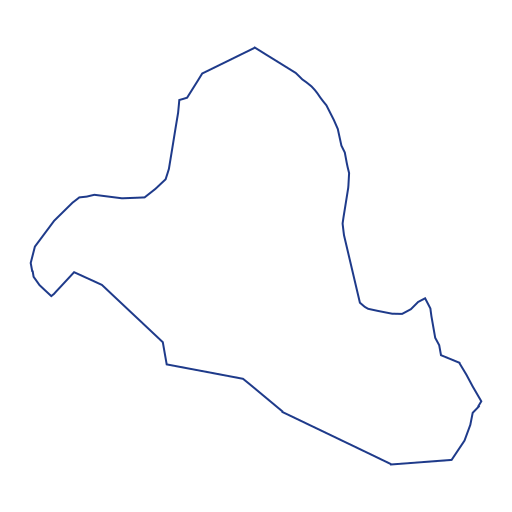 Sunny Acres, Castries, Saint Lucia (Mercator projection)
{"feature_id": "8701671B95823931599644", "entity_name": "Sunny Acres", "entity_type": "district", "adm_level": 2, "iso_a3": "LCA", "parent_name": "Saint Lucia", "parent_adm1": "Castries", "projection": "mercator", "projection_center": [-60.973, 14.029], "detail": "fine", "context": "isolated", "style": "outline", "palette": "blue", "viewbox_px": 512, "rotation_deg": 0, "n_neighbors": 0, "source": "geoboundaries", "source_scale": "gbopen_adm2", "svg_char_len": 1502}
<svg xmlns="http://www.w3.org/2000/svg" viewBox="0 0 512 512"><path d="M254.7,47.5L254.0,48.1L202.2,73.5L198.1,80.2L187.1,97.7L183.2,98.9L179.3,100.0L178.9,104.5L178.1,112.8L175.6,127.8L172.3,148.2L168.9,168.9L167.5,173.4L165.6,179.3L155.5,188.8L151.2,192.2L144.6,197.4L137.8,197.7L122.0,198.3L94.4,194.8L91.3,195.5L86.8,196.6L79.3,197.4L77.3,199.0L72.6,202.6L66.5,208.6L54.2,220.7L34.9,246.6L30.7,263.0L32.2,271.1L32.7,271.3L33.0,273.2L33.6,276.8L39.5,285.1L44.6,289.9L51.3,296.1L54.0,293.9L56.3,291.3L56.8,290.8L63.6,283.5L74.1,272.2L101.9,284.9L162.8,342.2L166.7,364.4L186.9,368.2L243.0,378.8L249.2,383.8L282.4,411.4L282.4,412.0L362.9,450.6L390.7,464.0L390.9,464.5L451.6,459.9L464.5,440.6L470.3,424.9L472.7,412.8L478.8,406.5L478.4,406.1L481.3,401.3L479.1,397.5L472.7,386.5L466.4,374.7L459.9,363.9L459.6,363.3L459.5,362.8L441.0,355.2L439.2,345.2L435.2,337.8L431.4,316.1L430.7,311.0L430.4,308.5L428.8,305.4L425.1,298.3L418.2,301.9L410.9,309.2L402.1,313.9L401.5,313.9L392.1,313.7L385.4,312.4L381.9,311.7L377.8,310.9L368.1,308.8L365.0,307.0L364.2,306.4L359.9,302.7L344.0,235.2L343.6,232.1L342.6,223.7L342.7,222.7L343.6,216.6L345.3,206.1L348.2,188.0L348.4,185.8L349.1,173.1L347.6,167.0L347.2,165.1L346.7,162.7L344.8,152.5L341.4,145.6L337.9,129.5L337.8,129.0L333.9,120.1L326.4,105.3L324.2,102.6L322.6,100.6L320.2,97.4L317.4,93.3L314.9,90.1L314.0,89.1L311.5,86.4L306.4,82.3L303.0,79.9L302.3,79.4L301.0,78.1L300.1,77.2L295.8,73.0L265.6,54.3L254.7,47.5Z" fill="none" stroke="#1e3a8a" stroke-width="2"/></svg>